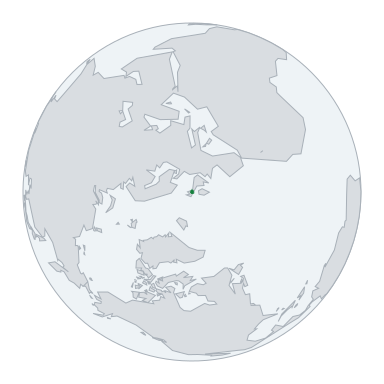 Perthshire and Kinross on an orthographic globe, rotated 231°
{"feature_id": "GBR-2018", "entity_name": "Perthshire and Kinross", "entity_type": "Unitary District", "adm_level": 1, "iso_a3": "GBR", "parent_name": "United Kingdom", "parent_adm1": "", "projection": "orthographic", "projection_center": [-3.865, 56.538], "detail": "fine", "context": "on_globe", "style": "filled", "palette": "green", "viewbox_px": 384, "rotation_deg": 231, "n_neighbors": 0, "source": "natural_earth", "source_scale": "10m", "svg_char_len": 10915}
<svg xmlns="http://www.w3.org/2000/svg" viewBox="0 0 384 384"><g transform="rotate(231 192 192)"><circle cx="192" cy="192" r="169" fill="#eef3f6" stroke="#a8b0b8"/><path d="M30.8,242.5L28.1,232.6L28.3,230.6L27.4,225.3L30.6,226.2L31.0,216.2L30.3,211.9L28.7,211.7L27.3,195.7L28.6,185.8L33.8,140.4L36.4,133.5L39.7,128.6L57.9,100.1L42.4,120.5L46.3,112.8L52.5,103.6L52.8,104.5L62.1,94.2L67.8,86.9L81.0,77.1L95.3,74.4L91.1,77.6L95.0,76.9L100.5,72.9L103.1,70.5L123.9,64.8L142.8,55.7L145.9,50.8L147.5,53.7L151.4,43.6L159.9,38.7L152.1,45.5L152.6,47.3L159.2,44.4L161.2,45.7L165.6,45.1L167.4,47.0L162.7,51.1L163.8,52.5L168.4,50.4L173.1,51.2L166.2,54.0L173.7,55.7L167.2,63.7L147.3,70.7L145.4,77.7L129.2,92.0L132.4,92.6L128.3,98.8L130.4,101.9L126.8,103.9L131.6,104.7L134.5,102.2L137.6,101.8L139.1,103.5L134.8,106.3L133.4,105.9L132.9,107.6L130.1,108.3L132.4,108.9L126.9,112.3L134.5,111.6L132.0,116.4L127.8,118.0L125.5,114.4L109.8,110.1L104.9,111.1L100.2,115.9L97.4,131.7L93.1,134.5L89.3,140.7L92.9,140.6L97.2,135.8L103.1,137.4L107.6,131.6L110.7,131.6L116.5,127.3L118.6,131.7L117.5,138.5L112.8,142.4L112.2,145.6L119.1,145.2L112.6,155.9L112.5,169.4L110.5,171.9L102.2,170.6L96.1,162.0L85.4,161.4L95.3,165.8L90.2,172.6L90.6,175.5L92.6,177.6L95.8,176.7L94.6,180.0L84.4,176.6L85.2,173.5L88.5,174.5L85.5,170.7L78.6,168.9L76.6,172.8L68.2,167.0L66.7,169.7L64.0,170.2L67.0,166.1L61.4,173.5L51.3,169.5L43.3,182.1L47.9,167.0L47.5,160.7L46.3,154.3L44.9,156.2L45.3,145.9L42.2,141.5L36.2,147.3L32.2,157.2L32.3,167.6L34.6,166.8L36.0,173.3L30.1,178.2L31.7,192.1L28.7,198.2L28.6,205.6L30.6,210.8L32.3,218.8L35.2,219.0L39.1,223.7L37.5,229.8L41.0,228.2L42.3,235.0L51.2,248.0L50.1,248.4L57.3,266.1L67.9,280.2L70.3,286.9L68.8,288.1L73.0,292.5L73.1,294.1L92.5,310.4L104.4,320.7L105.4,325.6L98.0,325.8L97.5,331.1L85.9,323.5L86.1,323.6L76.7,315.5L67.9,306.7L59.8,297.2L52.4,287.2L45.8,276.6L39.9,265.6L34.9,254.2L30.8,242.5ZM40.7,185.1L42.8,204.2L39.3,197.1L40.4,197.6L40.4,191.9L39.5,183.3L37.1,177.5L40.7,185.1ZM46.8,185.2L46.2,182.3L47.1,184.6L46.8,185.2ZM103.9,69.4L100.4,72.8L94.7,76.0L97.5,73.0L103.9,69.4ZM115.0,64.0L113.8,65.8L109.6,66.0L111.6,64.9L115.0,64.0ZM147.7,47.3L144.4,49.1L146.9,46.9L147.7,47.3ZM165.9,44.7L166.2,43.9L168.3,44.0L165.9,44.7ZM114.9,125.2L115.6,126.2L114.2,126.5L114.9,125.2ZM116.7,122.4L114.5,122.0L115.0,120.6L116.4,120.9L116.7,122.4ZM173.0,47.0L176.3,47.5L172.1,47.6L173.0,47.0ZM119.4,123.3L116.2,118.2L117.2,115.9L123.2,115.1L119.4,123.3ZM177.7,48.4L185.8,50.0L187.2,48.1L187.9,54.6L180.8,50.9L175.4,51.2L178.2,49.8L177.7,48.4ZM134.8,100.7L131.8,103.4L132.9,99.7L134.8,100.7ZM134.7,98.5L133.7,88.1L138.9,85.2L138.2,89.2L143.8,84.4L146.8,88.0L144.4,91.5L140.5,92.6L144.6,93.2L134.7,98.5ZM187.0,58.0L188.3,59.1L186.1,58.8L187.0,58.0ZM138.9,101.4L138.2,99.4L142.7,96.8L144.8,100.1L142.7,99.9L138.9,101.4ZM143.8,81.4L147.4,80.2L150.9,82.7L152.8,82.6L147.3,87.9L143.8,81.4ZM142.5,101.4L145.8,102.0L145.1,104.8L139.9,103.1L142.5,101.4ZM142.9,94.7L145.1,93.6L144.6,95.3L142.9,94.7ZM144.5,115.6L143.5,113.1L145.8,111.5L144.5,115.6ZM147.1,102.0L147.3,101.0L148.1,100.2L150.1,101.1L147.1,102.0ZM150.2,89.4L150.8,90.8L152.6,87.4L155.3,89.3L151.1,92.5L154.0,92.0L154.8,92.6L150.5,94.6L150.2,89.4ZM154.5,99.6L150.2,104.6L151.3,109.4L149.4,110.9L147.8,103.0L154.5,99.6ZM152.5,96.4L153.3,98.7L150.5,99.4L148.2,98.3L152.5,96.4ZM158.6,89.5L155.5,85.7L156.5,85.2L158.6,89.5ZM155.4,100.8L156.4,99.6L155.8,101.1L155.4,100.8ZM158.2,92.8L157.0,91.5L158.2,90.9L158.2,92.8ZM159.5,98.3L158.1,99.9L156.5,99.1L159.5,98.3ZM159.4,95.7L161.3,95.2L156.8,97.9L158.6,95.2L159.4,95.7ZM159.5,92.4L159.8,91.7L159.9,93.1L159.5,92.4ZM166.3,100.5L161.0,104.1L157.5,102.3L163.2,99.0L166.3,100.5ZM350.3,133.0L351.5,137.3L354.4,145.5L354.3,145.1L355.5,149.5L353.6,143.3L350.7,139.1L352.8,147.3L350.9,143.8L347.1,144.0L349.2,155.9L353.7,180.2L357.2,190.4L357.5,200.0L350.5,195.9L345.0,188.7L344.0,194.4L335.6,195.0L325.4,212.6L322.7,211.5L321.1,216.2L314.9,219.2L310.2,216.9L307.1,220.9L319.4,226.7L322.6,222.3L323.4,213.3L326.4,216.6L332.1,214.5L330.5,233.5L313.3,264.8L309.4,258.0L284.8,245.5L284.3,242.0L284.1,241.7L283.7,241.3L283.7,247.4L278.7,244.2L294.2,256.1L297.8,262.5L313.0,265.6L312.2,267.9L316.4,267.0L327.3,251.7L327.9,254.4L324.1,272.5L307.0,302.2L308.0,308.4L304.7,315.3L291.3,327.1L289.7,329.6L282.4,334.6L280.4,336.0L269.3,342.2L257.8,347.6L245.9,352.1L241.2,353.0L235.3,348.8L241.7,342.9L241.1,339.1L229.0,331.3L231.8,323.8L228.1,321.5L220.6,323.6L215.9,320.5L211.2,321.0L179.9,325.1L169.1,319.5L153.1,300.7L157.8,294.0L156.4,284.7L187.1,251.9L196.1,253.5L223.1,244.5L226.9,245.0L226.5,253.8L248.9,257.1L252.9,248.4L270.5,245.9L280.5,239.8L279.2,223.0L262.8,232.8L257.3,227.0L268.2,212.9L282.1,204.3L280.4,201.8L269.3,201.3L270.2,193.5L265.2,200.6L269.0,202.0L265.9,206.5L262.4,205.6L262.8,202.8L258.0,204.1L257.1,217.4L260.8,220.3L249.5,228.1L254.6,233.7L252.4,238.4L242.9,230.6L242.1,226.6L226.5,219.4L226.4,224.3L241.1,231.5L237.5,231.9L237.5,239.1L234.7,233.9L218.7,225.1L207.0,230.6L196.1,249.4L188.4,251.4L180.1,248.4L180.1,231.0L197.3,228.5L197.5,222.8L190.6,215.1L196.4,215.1L195.7,211.8L201.8,210.5L207.1,201.2L212.9,199.0L211.7,188.5L214.5,186.1L214.4,192.9L217.4,196.7L231.2,191.4L233.0,188.4L231.1,182.1L235.2,181.6L231.6,176.2L238.0,170.4L227.2,173.1L224.7,166.3L226.8,159.2L224.0,157.6L220.6,169.1L221.0,173.4L224.5,176.1L223.8,188.7L219.8,192.0L213.1,181.2L206.6,184.9L204.2,175.2L214.8,149.3L220.9,142.4L237.7,144.2L238.2,149.3L232.4,151.1L240.7,155.3L238.6,152.2L242.0,151.9L240.5,145.7L242.8,145.2L237.4,140.2L240.0,139.0L243.4,142.2L243.4,132.4L248.1,128.5L247.0,126.5L244.5,125.5L252.1,121.5L250.9,120.2L248.0,121.0L243.8,119.1L239.3,114.4L242.2,113.2L244.2,114.8L252.7,116.6L257.6,121.2L258.3,120.3L254.8,116.0L244.4,113.8L240.9,111.3L245.8,111.6L243.7,111.3L242.9,109.7L244.7,107.1L239.3,106.5L226.2,91.6L228.5,85.5L234.3,87.2L228.2,76.6L231.2,71.1L228.5,71.8L223.7,67.6L222.7,69.2L221.1,69.2L208.3,59.8L207.6,57.0L199.0,54.3L197.6,54.8L197.7,56.7L187.9,54.6L187.2,48.1L190.4,47.4L187.8,44.1L195.4,43.1L200.6,41.0L210.5,42.4L213.7,40.8L212.3,39.7L215.6,37.1L227.2,35.9L224.0,41.6L207.7,45.7L214.9,44.3L215.1,46.1L218.9,46.6L223.8,45.7L223.2,44.6L240.5,52.0L256.0,54.5L250.4,49.9L251.0,47.4L263.7,47.8L289.4,60.8L290.4,58.8L293.2,59.9L298.3,64.1L294.4,62.5L295.9,65.3L293.0,64.0L299.8,70.7L295.9,69.1L303.1,75.4L304.8,74.8L300.2,69.2L308.2,75.7L308.6,72.9L313.1,75.7L327.2,91.4L335.0,103.3L336.4,105.2L337.1,107.7L341.7,115.7L343.0,116.2L350.3,133.0ZM179.6,270.1L179.5,273.1L179.6,270.1ZM299.0,202.3L305.9,195.5L298.9,189.4L300.9,186.4L297.8,185.6L298.3,189.0L290.1,186.0L291.6,180.0L288.8,176.7L286.4,178.8L284.9,190.3L296.7,194.6L296.8,200.1L299.0,202.3ZM51.5,248.4L52.4,251.1L50.8,249.0L51.5,248.4ZM37.7,198.6L38.7,201.6L38.8,204.1L37.8,202.2L37.7,198.6ZM49.0,222.6L50.7,226.3L48.4,223.5L49.0,222.6ZM43.4,207.1L47.5,219.9L43.2,215.2L40.7,207.1L43.1,211.2L43.4,207.1ZM43.9,187.4L44.3,189.7L43.4,190.3L43.9,187.4ZM47.4,186.9L47.1,186.3L47.4,184.4L47.4,186.9ZM90.8,172.7L91.6,173.1L93.1,175.7L91.3,175.5L90.8,172.7ZM106.4,182.3L104.2,187.5L104.5,183.5L101.6,183.9L98.6,176.3L109.4,172.8L105.0,175.7L106.4,182.3ZM97.6,165.6L98.3,170.6L97.1,165.3L97.6,165.6ZM185.8,196.0L188.9,197.8L188.2,201.9L180.9,205.4L181.9,199.4L185.8,196.0ZM193.6,199.5L189.0,188.2L193.3,185.8L191.7,189.0L195.0,188.6L193.2,193.7L201.9,202.8L201.8,207.1L188.4,210.7L192.8,207.1L189.5,205.4L193.6,199.5ZM169.5,165.9L167.6,161.7L179.5,161.9L180.0,165.9L172.8,169.4L168.0,166.8L169.5,165.9ZM130.6,123.3L129.1,122.1L130.3,121.3L132.5,121.5L130.6,123.3ZM143.8,114.6L138.5,127.6L136.5,126.9L135.7,135.7L130.1,137.3L130.8,131.5L125.9,139.5L124.3,134.9L121.6,140.6L123.7,127.4L122.0,123.8L126.0,127.2L131.2,125.8L132.9,124.1L136.6,116.7L135.6,108.5L140.6,106.0L144.3,106.5L145.3,108.0L141.8,109.1L145.7,110.5L141.3,113.2L143.8,114.6ZM185.8,116.7L181.2,116.6L188.3,121.0L184.0,123.3L185.1,123.7L183.0,127.1L182.4,131.9L180.0,132.4L180.8,134.1L179.5,136.5L179.8,139.1L175.6,140.9L175.7,144.2L173.7,143.2L174.8,148.5L172.1,145.4L170.1,148.4L173.8,149.8L150.8,154.7L143.3,159.5L138.4,165.5L134.4,159.7L136.4,150.6L141.7,141.2L149.6,137.5L146.4,135.7L149.2,133.5L150.5,135.8L150.1,130.9L152.8,129.7L157.5,122.2L155.2,116.1L156.9,113.3L159.1,115.1L159.2,111.1L164.6,112.7L165.9,110.8L172.5,110.5L176.0,115.3L177.2,112.9L182.3,112.8L185.8,116.7ZM168.2,100.6L173.4,105.4L173.6,109.2L162.1,108.1L160.1,109.6L152.7,109.3L152.6,103.9L154.7,104.5L156.8,103.8L156.0,105.7L158.1,103.7L161.1,104.4L163.6,103.1L164.6,105.0L168.2,100.6ZM229.6,240.8L232.3,240.4L236.1,238.8L236.1,243.4L229.6,240.8ZM218.6,235.1L220.8,233.9L222.7,239.4L219.9,239.9L218.6,235.1ZM220.3,228.8L220.7,233.4L218.9,231.2L220.3,228.8ZM216.2,191.6L218.3,190.1L219.2,191.4L218.8,194.0L216.2,191.6ZM205.8,131.3L203.2,130.4L203.4,129.4L199.5,124.9L202.4,123.0L205.9,125.0L205.8,131.3ZM277.3,227.4L275.4,232.0L273.5,231.6L274.5,230.1L277.3,227.4ZM255.5,239.1L261.3,238.5L255.4,240.4L255.5,239.1ZM208.3,128.5L206.4,126.9L209.0,127.0L208.3,128.5ZM204.3,121.4L207.1,121.0L202.3,122.3L204.3,121.4ZM306.0,316.7L306.7,315.9L313.2,308.0L320.1,300.3L324.1,294.3L324.5,295.8L315.3,307.5L306.0,316.7ZM357.6,190.6L359.4,192.5L359.2,196.4L357.6,190.6ZM338.0,107.4L340.0,111.2L339.3,110.2L336.2,104.8L338.0,107.4ZM316.6,78.4L319.5,81.3L321.0,82.9L320.4,82.6L316.6,78.4ZM230.2,111.9L232.5,120.0L236.0,125.0L241.0,126.3L234.9,128.2L229.5,120.4L230.2,111.9ZM226.4,94.1L222.0,93.3L223.2,91.5L224.4,91.5L226.4,94.1ZM224.3,95.1L220.2,98.1L217.3,96.3L221.1,94.2L224.3,95.1ZM214.5,113.0L214.9,115.5L212.8,115.3L214.5,113.0ZM289.2,55.1L287.8,54.7L284.6,52.3L286.5,53.2L289.2,55.1ZM273.0,45.0L283.3,51.6L291.4,57.5L290.5,56.4L295.2,59.2L294.8,60.1L286.8,54.7L281.2,50.6L277.3,48.9L271.4,45.6L267.9,45.1L264.3,43.5L265.7,42.8L273.0,45.0ZM266.6,45.1L258.4,43.8L253.9,40.3L254.6,39.8L260.3,41.8L262.4,43.5L266.6,45.1ZM255.1,42.6L257.1,44.3L249.1,47.8L246.3,47.8L249.9,42.8L251.9,44.3L254.7,44.1L255.1,42.6ZM189.5,58.2L188.4,59.1L188.3,57.8L189.5,58.2ZM220.6,70.2L218.3,70.0L218.2,68.5L220.6,70.2ZM211.9,68.9L213.6,70.7L210.7,69.2L211.9,68.9ZM217.6,74.9L213.7,71.7L219.1,74.1L217.6,74.9Z" fill="#d9dde1" stroke="#a8b0b8" stroke-width="1"/><path d="M193.3,192.2L193.2,192.3L193.0,192.5L192.9,192.5L193.0,192.5L192.9,192.7L192.9,192.8L193.0,192.9L193.0,193.0L192.9,193.0L193.0,193.1L192.9,193.1L192.6,193.2L192.4,193.2L192.5,193.1L192.4,193.0L192.2,193.0L192.2,192.9L192.1,193.0L192.0,192.9L192.0,193.0L191.9,192.9L191.7,192.8L191.7,192.7L191.7,192.8L191.6,192.7L191.4,192.6L191.5,192.5L191.5,192.4L191.5,192.2L191.4,192.1L191.2,192.0L190.9,192.1L190.7,192.2L190.8,191.9L190.8,191.7L190.7,191.7L190.8,191.5L190.9,191.4L191.0,191.2L191.0,191.3L191.1,191.2L191.3,191.1L191.5,191.0L191.5,190.9L191.8,190.9L192.0,190.9L192.3,190.9L192.5,190.9L192.5,191.0L192.8,191.0L192.8,191.3L192.9,191.5L193.0,191.6L193.2,191.8L193.3,191.8L193.2,191.8L193.1,192.0L193.3,192.2L193.3,192.2Z" fill="#22c55e" stroke="#15803d" stroke-width="1.5"/></g></svg>